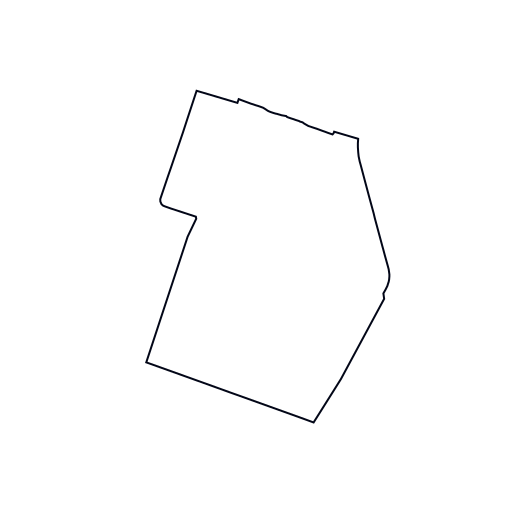 the district of 6 October-2, Al Jizah, Egypt, rotated 325°
{"feature_id": "37247803B57962000824705", "entity_name": "6 October-2", "entity_type": "district", "adm_level": 2, "iso_a3": "EGY", "parent_name": "Egypt", "parent_adm1": "Al Jizah", "projection": "orthographic", "projection_center": [30.925, 29.941], "detail": "fine", "context": "isolated", "style": "outline", "palette": "ink", "viewbox_px": 512, "rotation_deg": 325, "n_neighbors": 0, "source": "geoboundaries", "source_scale": "gbopen_adm2", "svg_char_len": 1412}
<svg xmlns="http://www.w3.org/2000/svg" viewBox="0 0 512 512"><g transform="rotate(325 256 256)"><path d="M302.1,86.6L278.7,104.1L267.0,112.9L238.3,133.9L238.1,134.0L237.9,134.2L229.2,140.5L210.2,154.5L208.9,156.5L208.3,159.4L208.8,161.5L209.9,163.2L213.6,168.4L229.3,189.3L228.4,191.2L211.0,201.0L207.7,203.5L140.4,253.8L130.8,261.0L105.1,280.2L128.7,313.5L131.9,318.0L136.2,324.1L148.0,340.8L157.0,353.6L161.0,359.2L202.7,418.2L207.7,425.4L240.8,411.5L255.0,405.5L311.1,377.3L336.4,364.6L338.9,359.7L342.7,357.9L346.4,355.9L348.3,354.4L348.5,354.3L348.8,354.0L349.7,353.4L351.5,351.7L353.5,349.3L354.7,347.6L356.2,344.7L357.1,342.9L358.2,339.9L361.9,329.4L363.8,324.2L365.0,320.8L375.0,293.2L376.9,288.4L382.5,272.8L388.3,256.9L394.1,241.1L395.1,238.2L397.2,233.3L399.2,229.7L401.8,225.4L404.1,222.1L406.7,218.9L406.9,218.6L391.3,199.0L389.9,200.0L388.4,200.3L385.5,196.3L383.8,193.8L382.2,191.6L379.1,187.1L373.5,179.6L371.4,175.1L370.8,173.2L369.1,171.1L368.7,170.2L368.5,169.9L367.5,168.6L366.5,167.3L365.4,165.7L363.7,163.5L361.8,160.9L361.1,159.7L361.0,158.7L359.9,157.6L358.7,156.4L357.6,155.3L356.7,154.1L355.7,152.9L354.7,151.6L353.8,150.7L352.6,149.2L351.7,148.0L350.6,146.5L349.8,145.3L348.9,143.7L348.0,141.3L346.9,138.7L345.8,137.1L345.1,136.1L343.8,134.3L342.2,132.3L340.7,130.2L339.2,128.3L337.9,126.4L331.8,117.6L328.6,119.9L302.1,86.6Z" fill="none" stroke="#020617" stroke-width="2"/></g></svg>